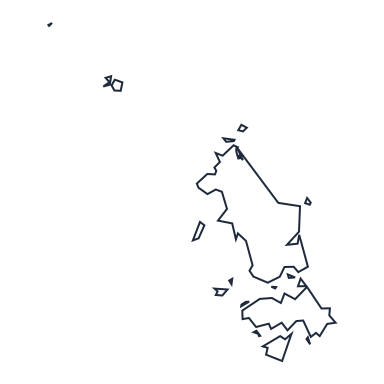 the district of Flinders (Tas.), Tasmania, Australia
{"feature_id": "25037944B15550630319657", "entity_name": "Flinders (Tas.)", "entity_type": "district", "adm_level": 2, "iso_a3": "AUS", "parent_name": "Australia", "parent_adm1": "Tasmania", "projection": "orthographic", "projection_center": [148.029, -39.899], "detail": "medium", "context": "isolated", "style": "outline", "palette": "slate", "viewbox_px": 384, "rotation_deg": 0, "n_neighbors": 0, "source": "geoboundaries", "source_scale": "gbopen_adm2", "svg_char_len": 1912}
<svg xmlns="http://www.w3.org/2000/svg" viewBox="0 0 384 384"><path d="M207.3,174.0L196.8,183.6L198.5,187.7L207.5,194.1L215.8,189.5L221.9,191.8L227.0,208.9L218.0,220.6L232.2,223.4L235.9,239.3L237.9,233.4L246.0,240.9L252.6,265.3L249.5,270.7L253.4,276.6L267.8,282.7L279.8,276.7L284.5,267.0L293.7,266.8L298.3,272.1L307.9,266.7L299.2,234.8L297.6,243.7L287.0,244.8L299.0,231.7L300.0,206.2L278.3,202.9L237.2,147.9L242.9,160.1L238.5,155.1L239.3,158.3L238.3,158.5L236.3,151.6L236.3,148.4L237.7,147.2L233.6,145.3L222.6,155.7L215.7,153.0L219.9,162.0L214.4,167.5L216.3,170.9L215.0,174.4L207.3,174.0ZM248.9,318.0L256.1,327.0L268.8,323.7L271.1,328.9L281.7,322.7L287.5,330.3L296.3,321.1L303.2,320.5L310.8,336.9L316.0,332.9L319.7,336.1L327.2,323.9L335.6,322.7L329.3,315.4L329.9,308.3L321.5,308.5L307.0,286.9L295.1,299.2L284.5,293.5L280.9,303.0L271.9,298.0L259.8,298.9L242.3,310.6L242.6,319.1L248.9,318.0ZM280.2,336.1L262.8,346.4L267.6,347.8L266.1,354.7L282.1,361.0L291.5,333.8L285.1,339.3L280.2,336.1ZM114.4,90.5L120.7,90.8L122.4,82.4L114.8,79.7L111.6,85.4L114.4,90.5ZM214.5,288.6L217.6,291.4L215.8,295.0L222.3,295.5L227.5,289.5L214.5,288.6ZM204.4,225.3L200.0,221.9L192.9,240.4L198.6,238.3L204.4,225.3ZM300.6,278.6L298.0,286.3L306.3,286.1L300.6,278.6ZM223.4,138.3L226.2,141.8L233.8,141.1L234.5,139.8L223.4,138.3ZM109.5,82.1L103.3,86.5L109.8,84.7L111.1,76.2L105.6,77.9L109.5,82.1ZM238.3,130.2L243.0,131.4L246.8,127.7L241.4,124.8L238.3,130.2ZM305.1,203.1L309.7,204.7L310.7,202.7L307.1,198.0L305.1,203.1ZM288.8,277.9L295.1,277.4L287.8,274.4L288.8,277.9ZM229.2,280.6L231.5,284.2L232.2,278.8L229.2,280.6ZM249.2,301.6L245.7,301.9L241.5,304.6L241.2,306.3L249.2,301.6ZM310.1,344.3L307.8,337.3L306.5,339.1L310.1,344.3ZM52.0,23.0L48.4,25.0L49.1,25.9L52.0,23.0ZM253.7,332.2L258.2,333.8L259.0,336.1L260.2,335.8L256.4,330.8L253.7,332.2ZM271.3,286.7L275.2,288.5L276.1,287.1L271.3,286.7Z" fill="none" stroke="#1e293b" stroke-width="2"/></svg>